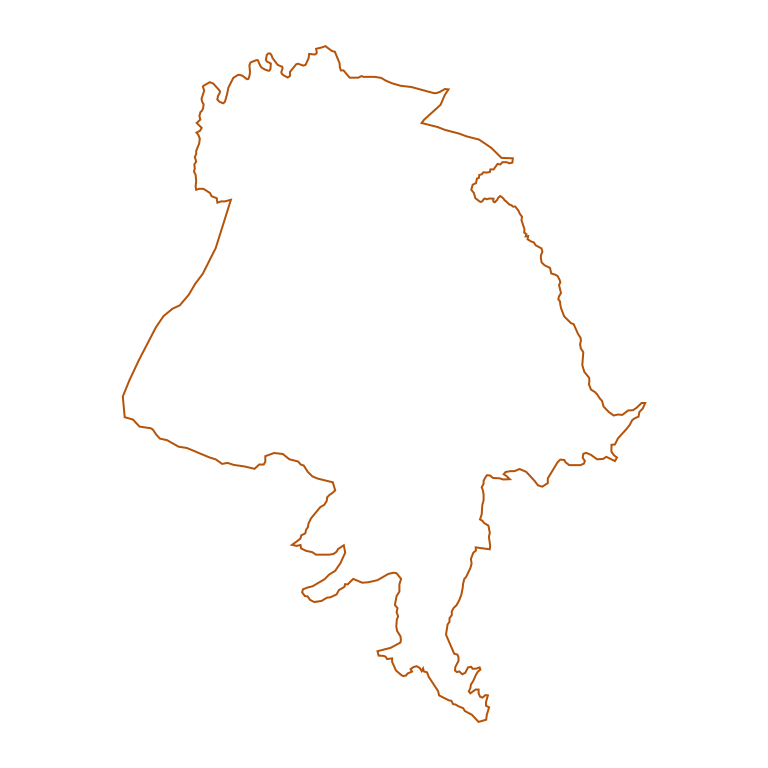 Mohlakeng, Maseru, Lesotho (Robinson projection)
{"feature_id": "5366337B47747757162469", "entity_name": "Mohlakeng", "entity_type": "district", "adm_level": 2, "iso_a3": "LSO", "parent_name": "Lesotho", "parent_adm1": "Maseru", "projection": "robinson", "projection_center": [27.612, -29.479], "detail": "fine", "context": "isolated", "style": "outline", "palette": "amber", "viewbox_px": 768, "rotation_deg": 0, "n_neighbors": 0, "source": "geoboundaries", "source_scale": "gbopen_adm2", "svg_char_len": 6043}
<svg xmlns="http://www.w3.org/2000/svg" viewBox="0 0 768 768"><path d="M645.2,403.0L641.6,403.0L636.7,407.7L633.0,410.2L628.1,410.5L622.3,414.9L618.0,414.5L613.7,415.5L608.8,412.0L603.6,406.6L602.0,400.8L599.9,398.6L597.4,394.7L595.0,392.1L591.0,389.6L588.9,384.2L589.4,380.8L589.2,377.9L584.3,371.8L582.3,365.2L583.3,352.2L580.8,348.4L580.1,344.1L580.9,340.9L580.6,337.9L577.9,333.7L573.7,324.2L570.8,323.0L564.2,316.4L561.2,308.6L560.3,304.8L560.0,301.4L558.3,299.3L559.0,296.4L561.0,293.0L559.0,284.9L560.3,282.6L559.8,280.3L557.7,276.1L555.0,274.6L551.3,273.5L550.0,267.9L544.6,265.3L541.6,262.4L540.9,258.3L540.9,255.4L542.4,251.7L541.5,248.4L535.7,245.3L533.8,242.4L531.0,241.4L527.6,239.3L528.1,236.1L525.7,236.4L526.4,234.1L524.2,232.6L524.5,229.4L521.5,220.2L522.0,216.7L519.9,213.9L518.3,210.4L515.1,206.5L513.0,206.6L511.5,205.3L509.2,204.4L505.4,200.7L504.6,200.5L504.0,199.2L502.4,197.6L500.2,196.0L498.0,198.0L497.3,199.7L494.8,202.3L493.7,201.9L493.2,200.9L493.5,198.7L489.2,198.5L486.9,199.3L484.9,198.5L483.8,199.1L482.2,201.4L480.7,201.9L479.3,201.3L475.3,198.1L473.9,193.0L471.3,189.7L472.7,184.7L476.0,183.1L476.9,178.6L478.8,178.0L479.3,174.9L481.8,174.3L483.3,172.3L486.7,172.6L489.9,172.0L490.4,169.4L493.6,169.4L497.6,163.9L500.3,164.5L502.4,162.2L506.6,162.2L509.5,163.3L512.4,162.6L512.8,158.3L501.5,157.9L491.1,147.7L479.1,139.6L466.7,136.4L459.1,133.6L445.0,129.9L437.8,127.1L421.6,123.0L424.0,119.8L440.6,104.8L444.7,95.1L448.5,89.4L445.0,89.0L439.9,91.9L436.4,93.1L433.7,93.1L411.3,87.0L400.7,85.8L392.1,83.3L385.9,80.7L381.2,77.9L374.8,76.9L363.8,76.9L361.4,76.1L358.3,77.7L349.7,77.7L343.5,70.4L340.8,70.4L339.8,66.7L339.6,63.3L334.9,51.8L331.8,50.9L325.3,46.1L322.4,47.3L316.1,48.8L316.8,52.7L315.7,54.2L314.3,54.5L309.2,53.9L308.6,58.2L305.6,64.8L303.3,65.6L297.9,63.7L296.2,64.3L289.9,72.0L290.1,74.9L289.7,76.3L287.6,77.5L283.3,75.1L281.7,73.6L281.3,72.1L282.6,68.2L282.2,66.8L277.7,64.9L272.5,58.0L271.5,55.2L270.4,53.7L269.4,53.3L268.1,53.6L266.8,55.0L265.9,59.8L266.9,61.5L270.8,63.5L270.5,68.7L269.4,70.7L267.8,70.6L264.6,69.4L261.5,67.5L260.2,65.6L257.8,60.2L256.4,60.1L250.6,62.4L249.4,65.3L250.0,72.0L249.6,75.4L248.4,78.9L247.0,79.2L242.4,75.7L239.3,74.8L237.7,75.1L233.3,77.9L228.4,87.6L227.0,94.5L225.3,100.5L224.5,102.3L223.1,103.3L219.5,101.8L217.3,99.5L218.0,96.0L219.7,92.9L220.0,91.5L219.1,90.0L213.2,83.5L209.7,82.2L203.4,85.9L202.9,86.8L204.2,90.6L201.5,99.0L202.3,102.1L203.6,104.2L203.2,108.0L202.0,110.7L200.4,112.2L199.4,115.9L200.3,119.6L196.7,123.0L201.7,127.9L200.0,130.8L196.5,132.6L198.4,135.0L199.8,138.6L199.2,143.4L196.2,150.9L196.2,154.1L194.8,157.0L196.2,161.6L194.3,164.5L194.8,168.4L194.0,171.6L195.6,174.8L196.2,181.2L195.6,186.5L196.2,189.8L199.2,188.8L203.4,188.8L210.0,193.0L211.6,196.2L216.7,198.2L217.4,202.7L221.0,201.4L224.8,201.4L230.9,199.8L215.7,248.1L202.8,273.7L195.1,284.0L188.8,294.7L179.7,305.4L172.5,308.7L163.5,316.1L155.8,327.5L138.7,360.5L129.4,380.3L122.8,396.5L124.7,417.2L132.9,419.5L139.5,426.6L150.6,428.2L152.8,429.5L156.3,434.7L159.9,438.6L167.1,440.2L178.6,446.7L186.9,448.0L209.4,457.4L215.8,459.4L222.1,463.9L227.6,462.9L233.7,464.9L244.7,466.5L254.6,468.8L259.2,464.5L263.7,464.5L265.3,461.8L265.3,456.2L274.1,453.0L282.8,454.0L289.4,459.3L298.1,461.5L300.8,464.6L303.7,465.5L307.9,472.0L312.4,476.4L317.7,478.6L332.8,482.3L335.2,490.4L332.1,493.2L329.5,494.9L327.2,497.3L326.7,501.0L324.3,504.8L320.4,507.0L311.1,518.2L308.5,523.5L307.9,527.2L306.1,529.7L305.3,533.4L301.3,535.3L300.3,538.8L292.0,544.9L296.6,545.9L300.5,545.0L301.1,548.4L306.2,550.9L312.1,552.1L316.1,554.7L328.9,554.7L333.4,554.0L336.5,551.8L338.1,549.0L343.8,545.3L345.2,552.7L340.5,563.0L335.2,570.8L329.1,574.6L324.6,579.2L312.5,586.3L307.6,587.5L303.0,589.3L302.1,592.3L304.8,596.0L307.6,596.4L310.0,599.8L314.0,602.0L321.4,601.0L326.9,597.7L330.4,597.3L336.6,594.4L338.9,590.1L344.5,586.8L345.1,584.2L347.7,584.4L353.2,578.9L362.2,582.7L368.0,582.3L377.5,580.2L388.3,573.9L393.6,572.7L396.6,573.3L401.1,578.9L399.4,584.4L399.4,591.6L396.6,596.0L394.9,604.9L397.5,608.2L396.6,612.2L398.1,616.3L396.8,619.7L396.3,626.8L397.1,630.9L400.5,636.4L400.9,639.8L400.5,642.5L390.7,647.8L377.5,651.2L378.6,655.6L383.6,655.9L385.6,656.7L387.0,659.0L392.1,658.4L392.1,661.9L396.0,670.5L401.1,674.9L403.2,676.1L406.1,675.5L407.4,673.6L412.0,671.6L410.6,669.1L413.4,667.1L416.6,666.2L419.8,668.0L421.7,671.1L423.1,668.5L423.8,671.4L427.1,672.4L428.6,676.7L438.1,691.1L439.1,695.4L448.9,700.4L451.3,700.7L453.2,704.2L455.5,704.5L458.5,706.3L463.2,708.2L464.8,711.0L471.9,714.8L478.6,721.9L486.2,719.7L486.8,714.8L489.1,707.3L486.0,705.7L486.0,702.0L487.9,695.4L485.4,695.1L482.5,697.6L480.1,696.7L478.6,693.3L478.6,689.5L475.6,689.5L470.4,693.3L468.8,691.4L470.4,688.0L470.9,684.5L473.0,681.4L475.9,674.9L477.8,671.8L480.4,669.6L479.6,667.4L476.4,668.6L472.6,668.8L471.2,666.8L468.0,667.4L465.3,672.7L462.4,674.3L459.2,671.4L456.9,672.1L455.0,670.5L455.3,667.1L458.5,660.9L458.5,657.1L457.4,654.6L454.2,653.7L446.0,634.7L447.6,624.4L449.5,621.9L449.5,618.2L451.8,615.1L451.8,611.3L453.7,607.9L456.6,605.1L459.3,600.1L461.4,594.5L462.7,587.9L463.0,584.2L464.3,578.9L466.1,577.0L470.4,568.0L471.6,563.6L470.9,559.0L473.3,552.7L475.9,550.6L475.7,547.4L489.7,549.3L490.2,545.9L488.9,536.9L489.8,532.8L488.4,525.6L484.1,523.0L482.3,520.7L480.0,519.4L481.7,514.4L482.3,505.1L483.6,500.1L483.6,494.5L482.8,490.1L481.7,487.3L483.6,483.6L483.6,480.8L485.2,477.7L487.0,475.2L489.9,475.5L493.1,478.0L499.5,478.3L503.2,479.5L509.8,479.2L506.6,476.1L503.7,474.2L505.6,472.0L510.8,471.1L514.6,471.1L519.6,469.0L526.3,471.9L534.6,480.9L537.9,485.3L542.2,486.7L547.8,483.1L547.8,478.4L557.6,462.2L560.3,459.6L564.3,460.0L565.5,462.2L569.2,465.1L580.6,465.1L583.9,463.6L584.9,461.1L582.7,457.8L583.3,453.9L586.1,452.8L591.0,454.9L597.1,459.3L603.2,458.9L606.3,456.8L614.9,461.1L617.0,457.5L614.0,455.3L611.4,451.7L611.5,444.8L614.9,444.5L618.0,438.3L626.5,429.0L629.6,425.0L632.4,419.9L635.1,418.1L638.5,416.7L639.4,412.0L642.8,408.4L645.2,403.0Z" fill="none" stroke="#b45309" stroke-width="2"/></svg>